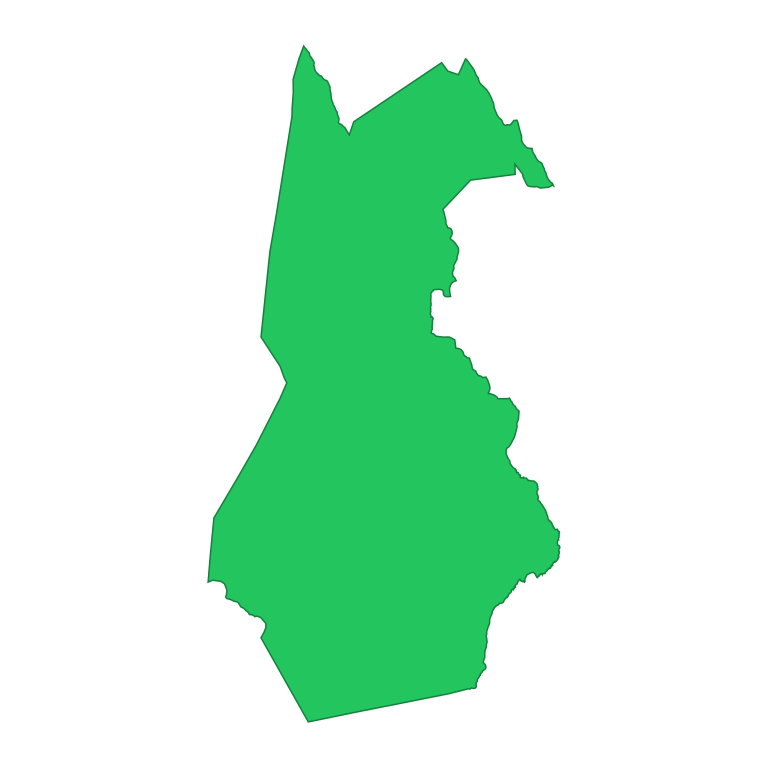 Dormaa Municipal, Brong Ahafo, Ghana
{"feature_id": "2480657B85939384202988", "entity_name": "Dormaa Municipal", "entity_type": "district", "adm_level": 2, "iso_a3": "GHA", "parent_name": "Ghana", "parent_adm1": "Brong Ahafo", "projection": "equal_earth", "projection_center": [-2.774, 7.238], "detail": "fine", "context": "isolated", "style": "filled", "palette": "green", "viewbox_px": 768, "rotation_deg": 0, "n_neighbors": 0, "source": "geoboundaries", "source_scale": "gbopen_adm2", "svg_char_len": 6085}
<svg xmlns="http://www.w3.org/2000/svg" viewBox="0 0 768 768"><path d="M553.5,185.9L552.4,183.3L550.4,182.1L549.8,181.0L548.4,179.5L546.9,176.5L545.9,172.8L544.6,170.8L544.3,168.8L543.0,166.2L542.2,163.9L541.3,162.7L538.3,161.1L536.3,158.5L535.2,156.0L532.7,152.1L532.2,148.5L527.7,148.1L525.8,146.8L522.8,143.3L521.6,140.4L521.5,136.0L519.2,128.2L518.3,123.7L516.9,120.2L513.8,120.5L510.8,124.4L510.1,124.9L506.9,124.8L505.6,125.4L503.5,124.5L501.7,120.1L499.8,118.3L499.1,118.0L497.1,115.0L494.3,108.2L493.3,102.4L492.2,100.5L491.8,99.0L489.4,93.9L486.6,89.7L480.6,83.9L479.5,82.4L478.7,80.1L478.1,77.7L476.1,75.2L475.4,72.9L473.5,69.0L466.5,59.4L465.9,59.0L465.5,58.9L458.4,74.7L447.8,71.1L441.7,62.7L441.0,63.1L353.7,121.8L349.3,134.9L346.3,129.9L345.7,129.4L345.6,128.7L344.9,127.6L342.7,126.0L341.7,124.7L339.2,123.5L338.5,122.7L339.0,118.6L337.5,114.5L337.1,112.1L335.6,109.7L334.5,106.7L333.2,104.7L332.9,102.9L331.9,100.8L331.2,97.5L330.9,93.6L329.9,88.7L330.1,87.3L327.7,81.8L326.8,80.6L324.9,80.0L322.7,78.2L321.3,76.0L319.5,75.6L317.8,73.7L316.9,73.1L315.3,71.1L314.4,67.8L314.4,66.6L313.7,65.6L314.1,63.1L313.8,61.7L312.6,59.5L312.0,58.9L311.6,57.8L309.9,56.0L309.2,52.7L307.1,50.7L306.2,49.1L305.3,48.3L303.7,46.1L299.1,58.4L293.1,79.4L293.3,92.4L292.1,108.7L292.0,116.3L276.6,212.9L269.9,251.7L261.0,337.0L280.2,366.5L284.2,377.8L286.8,382.9L280.2,398.1L256.3,445.1L238.3,476.6L213.9,518.0L210.2,556.6L208.1,582.1L212.9,580.2L221.0,581.4L224.5,583.8L226.9,589.9L226.6,593.9L225.7,597.1L226.7,598.5L230.7,599.6L233.9,601.2L237.0,601.9L238.1,602.5L240.9,606.9L243.9,608.3L245.9,610.6L248.2,612.3L249.4,614.5L252.4,614.9L254.1,615.9L254.8,616.7L257.2,616.1L260.8,617.6L265.8,623.4L265.9,627.5L264.0,632.3L261.0,637.8L308.3,721.9L353.1,712.7L449.3,693.6L468.7,688.7L469.9,689.1L471.4,688.0L473.6,688.5L475.4,688.0L476.3,686.8L476.1,683.9L476.3,682.4L477.2,681.4L477.3,679.6L479.3,676.7L479.7,675.3L480.3,675.3L480.6,673.9L481.5,672.8L481.9,672.6L482.1,672.0L482.8,670.9L485.6,668.7L485.8,668.0L485.9,666.5L485.1,664.4L483.5,662.9L483.3,661.9L483.5,660.6L484.7,657.9L484.9,651.1L486.4,646.5L486.5,644.3L487.1,641.8L486.6,637.7L486.1,635.9L486.8,634.2L486.6,631.9L487.9,627.5L489.5,623.7L489.8,618.6L492.3,612.8L492.3,611.2L493.7,609.2L494.5,607.4L495.5,606.8L496.2,605.8L498.1,605.0L499.3,603.5L502.3,602.9L503.4,602.1L504.6,599.5L506.5,597.5L507.3,597.5L507.4,596.7L507.9,596.3L508.6,594.6L509.6,593.3L510.6,592.8L511.4,591.5L511.7,589.7L512.5,589.5L513.4,588.7L513.6,589.2L513.8,588.4L514.5,588.0L514.6,587.4L515.2,587.3L514.7,586.7L515.2,586.7L515.5,585.0L517.1,583.9L517.9,581.3L518.4,581.2L519.3,579.5L520.1,579.4L520.3,580.3L521.3,581.2L522.4,581.1L522.9,581.7L523.5,581.2L524.4,582.2L525.0,581.4L524.9,579.0L527.1,574.7L531.1,572.7L533.5,572.4L535.0,573.7L536.9,577.3L537.2,577.2L537.6,577.5L538.1,576.4L539.3,575.9L539.6,574.9L540.4,574.6L540.5,573.8L542.2,574.0L542.4,574.7L542.8,573.7L545.0,573.5L545.4,572.3L547.4,570.2L547.9,569.1L548.8,569.0L549.5,567.9L550.4,568.3L551.2,566.5L551.3,565.5L551.6,565.3L552.0,565.8L552.7,565.3L552.5,564.2L553.6,562.3L554.3,562.4L554.4,561.8L555.0,562.1L555.5,561.4L556.2,561.3L557.8,559.2L557.9,558.1L558.5,557.9L558.9,556.3L558.3,555.0L558.9,554.4L559.4,551.7L558.9,551.3L558.7,550.8L559.0,549.1L559.3,548.9L559.9,547.2L559.4,545.8L557.7,545.0L557.3,542.8L557.5,541.3L558.3,539.9L558.6,539.9L558.4,538.6L558.9,537.6L559.1,535.0L558.8,533.7L559.4,533.1L559.5,532.1L558.8,531.2L558.0,531.0L557.4,529.5L557.1,529.2L555.7,529.7L554.9,529.3L554.4,528.2L554.0,528.1L552.9,525.6L552.4,525.2L552.2,524.1L551.3,522.3L550.5,521.8L550.0,520.9L549.1,520.7L548.9,519.9L548.4,519.8L547.8,518.0L547.8,516.9L546.5,513.5L546.5,512.7L545.9,512.1L545.8,510.9L541.6,504.1L541.0,503.7L540.0,501.8L539.6,501.7L537.8,499.5L538.2,498.1L538.2,496.4L537.9,495.4L537.0,494.0L537.0,491.8L537.0,491.2L537.8,490.0L538.0,488.6L537.4,487.3L537.7,486.4L537.1,484.2L536.3,482.9L534.2,481.3L533.3,480.9L532.0,481.1L529.2,480.4L528.5,480.5L526.2,478.1L524.0,478.0L523.6,477.2L522.0,477.8L520.3,477.5L520.1,476.9L520.5,475.2L518.8,474.4L518.5,473.1L517.9,472.3L516.8,472.6L516.2,471.8L516.3,470.5L515.2,468.9L513.5,468.0L511.5,465.6L510.0,463.1L509.8,461.0L508.2,458.6L506.2,454.1L506.1,450.8L506.5,449.0L507.3,447.7L508.6,447.1L510.6,444.4L514.5,436.9L516.8,428.2L517.1,426.0L516.8,424.4L516.9,423.1L518.5,419.1L518.7,415.4L519.1,411.2L516.5,408.9L515.5,406.7L513.0,404.4L512.0,402.1L510.5,400.4L509.9,398.7L509.4,398.1L508.2,398.6L497.9,398.7L496.8,396.9L494.0,395.0L489.5,393.5L488.5,393.8L488.3,393.3L489.8,389.3L490.0,388.2L489.4,384.8L487.7,380.2L486.0,377.1L482.5,377.5L481.4,376.4L478.2,375.4L476.5,373.1L475.8,371.3L474.5,370.3L473.3,369.9L472.4,368.4L471.9,366.6L471.8,365.0L469.4,358.2L467.2,357.7L466.4,356.8L464.7,355.9L463.6,354.3L463.2,352.3L461.0,349.5L458.9,348.6L455.8,348.1L454.8,339.9L451.3,337.9L449.0,337.0L443.1,337.1L436.0,336.2L433.6,333.9L431.2,333.2L431.5,331.0L432.4,328.7L432.3,327.8L432.0,327.2L432.4,324.9L432.5,320.7L433.1,318.4L432.5,317.1L431.1,317.1L431.1,316.3L430.8,316.0L430.8,315.0L430.3,314.1L430.8,311.6L430.6,311.2L430.8,310.1L430.6,309.6L430.8,308.4L430.5,307.4L430.6,306.4L431.1,305.4L431.0,302.8L430.6,300.7L430.9,299.8L430.7,299.3L431.0,296.5L430.8,294.0L431.0,293.2L432.3,291.4L433.4,290.6L433.5,289.8L439.2,289.2L441.9,289.9L442.5,290.2L443.3,291.8L443.5,294.3L443.8,295.0L445.1,296.4L446.6,296.7L450.6,296.5L449.8,292.8L449.5,288.7L450.4,285.4L452.2,282.6L454.6,281.2L456.2,280.7L454.8,277.9L453.6,276.5L452.9,276.1L452.5,273.6L452.6,272.4L452.7,271.6L454.0,268.6L453.7,266.4L453.9,265.2L456.9,259.4L457.3,256.2L458.6,251.6L458.5,248.7L457.9,247.2L455.5,243.5L452.8,240.6L451.1,239.6L450.2,238.1L451.4,236.1L452.2,233.5L452.0,230.7L450.9,228.9L450.3,228.5L449.4,228.0L447.6,227.8L447.3,226.3L446.0,223.9L445.8,220.2L444.1,213.0L442.9,209.4L470.6,180.1L515.2,174.4L514.9,164.2L522.4,173.8L522.9,174.6L522.8,175.8L523.2,177.1L526.5,184.1L527.8,185.8L529.8,186.5L532.4,186.7L534.9,186.9L536.4,186.5L540.6,188.1L548.7,187.2L551.1,186.0L552.0,185.1L553.5,185.9Z" fill="#22c55e" stroke="#15803d" stroke-width="1.5"/></svg>